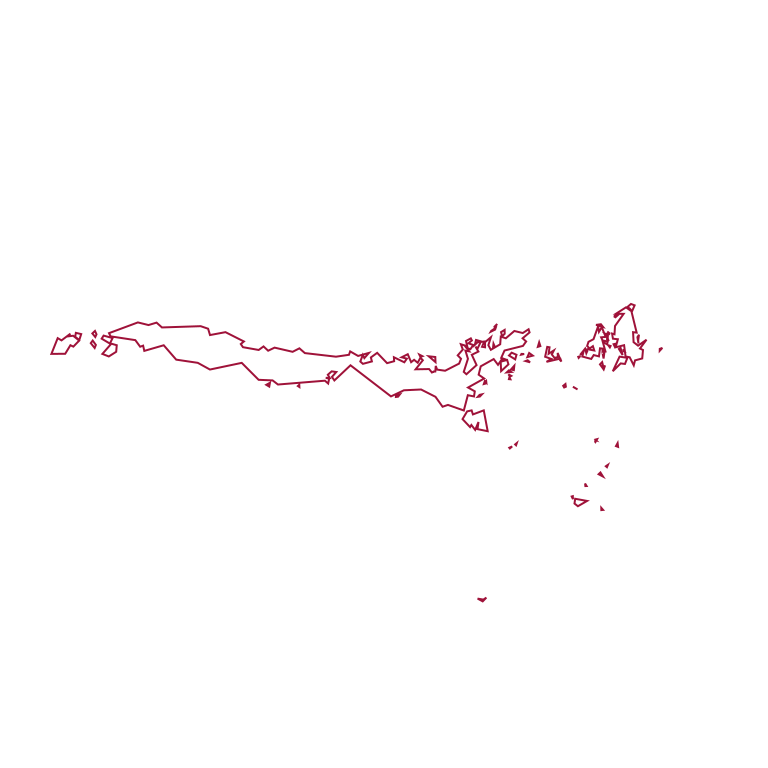 the district of Palawan, Palawan, Philippines, rotated 53°
{"feature_id": "2640588B20950743061684", "entity_name": "Palawan", "entity_type": "district", "adm_level": 2, "iso_a3": "PHL", "parent_name": "Philippines", "parent_adm1": "Palawan", "projection": "orthographic", "projection_center": [119.327, 9.944], "detail": "fine", "context": "isolated", "style": "outline", "palette": "rose", "viewbox_px": 768, "rotation_deg": 53, "n_neighbors": 0, "source": "geoboundaries", "source_scale": "gbopen_adm2", "svg_char_len": 6202}
<svg xmlns="http://www.w3.org/2000/svg" viewBox="0 0 768 768"><g transform="rotate(53 384 384)"><path d="M443.4,323.8L448.1,319.6L444.5,315.9L437.4,319.0L439.9,300.7L433.5,302.8L428.1,296.1L430.1,281.4L437.3,281.4L435.3,275.4L436.4,272.9L433.7,274.7L429.8,267.6L437.2,250.1L435.6,244.9L430.9,245.8L430.4,236.7L427.3,235.6L426.8,242.5L420.1,248.0L420.8,259.2L416.4,262.2L422.2,267.3L421.0,278.1L415.8,277.3L411.0,270.5L411.4,278.2L415.5,281.2L413.3,283.3L410.4,278.4L408.6,281.4L411.8,287.6L409.4,288.5L414.9,289.1L413.5,296.3L424.6,298.7L425.8,312.3L422.3,313.0L414.4,301.8L406.4,298.9L409.2,296.3L404.7,296.4L408.2,294.1L406.6,289.2L402.3,292.1L402.1,287.6L399.8,287.2L399.0,292.6L403.9,294.8L398.5,298.7L403.9,300.3L405.5,307.9L410.2,307.3L412.9,311.7L410.2,327.2L404.5,332.9L400.7,331.8L404.9,335.5L403.9,336.9L404.1,337.4L403.8,337.9L403.8,338.2L403.6,338.6L403.6,338.8L399.2,339.0L391.3,349.9L388.4,338.7L384.9,339.1L387.3,344.3L382.8,345.4L382.9,349.2L374.5,347.1L373.3,353.8L377.5,350.5L378.9,354.7L368.6,360.0L371.9,362.2L369.2,369.0L355.0,370.7L354.9,378.5L358.7,380.1L355.2,388.7L351.8,389.4L348.0,383.4L351.5,384.1L350.1,377.3L346.0,387.8L337.6,391.4L339.6,394.4L333.3,405.9L311.7,428.6L304.6,430.1L303.3,437.6L289.1,449.5L287.7,456.5L281.5,457.6L281.4,463.6L269.7,474.5L265.9,474.3L265.7,470.3L247.2,479.4L240.2,493.5L234.0,491.2L227.5,495.6L205.2,527.3L198.1,528.7L195.2,536.6L186.7,543.5L177.9,573.0L181.4,573.7L199.3,556.2L207.5,556.3L208.4,553.3L213.3,555.5L220.5,536.6L239.5,535.3L255.0,520.0L267.7,514.3L281.5,484.9L305.2,481.6L314.1,470.8L320.6,469.0L345.8,429.2L350.0,428.3L346.8,424.6L344.0,426.8L346.6,423.7L342.8,423.3L342.4,418.2L345.7,414.9L347.0,421.3L351.3,421.5L348.9,399.5L398.1,385.9L401.0,371.9L410.7,357.7L425.2,350.6L437.4,350.9L439.2,345.5L453.2,336.2L443.4,323.8ZM472.0,136.5L468.7,138.6L469.0,143.2L471.9,142.3L474.0,142.2L474.4,142.7L468.4,144.6L467.5,156.4L472.2,150.4L476.7,164.6L483.0,170.0L481.0,171.5L485.6,173.9L489.0,170.3L494.1,176.9L497.5,168.9L507.4,174.5L510.5,171.7L519.4,173.3L516.2,169.3L519.0,162.4L512.7,156.7L509.7,158.2L506.6,147.7L506.3,158.0L500.8,159.5L492.5,153.9L495.0,151.3L475.7,143.0L472.0,136.5ZM474.9,177.3L469.7,175.9L471.7,180.9L466.8,178.3L474.3,189.7L473.4,195.3L475.9,198.9L479.4,198.4L479.5,194.4L483.8,195.9L478.5,200.7L478.5,201.9L480.1,201.9L481.2,203.9L476.8,202.1L478.8,209.9L478.9,206.0L481.4,209.1L488.7,203.4L487.1,199.1L491.3,195.7L485.5,190.0L487.3,188.1L489.0,189.5L488.7,188.5L490.1,188.8L490.0,188.3L491.2,188.0L491.4,187.6L482.0,183.9L486.6,182.0L484.7,179.8L480.8,183.2L477.4,182.5L479.8,178.6L474.9,177.3ZM469.3,338.9L475.5,338.8L471.2,331.4L476.3,336.5L484.1,329.6L465.1,320.2L461.8,331.3L457.8,329.9L455.9,334.1L459.3,342.4L470.2,341.2L469.3,338.9ZM165.9,601.3L158.4,603.2L155.4,608.4L155.1,604.1L155.1,615.3L151.0,617.0L159.8,631.5L168.0,620.4L164.3,611.1L167.2,609.6L165.9,601.3ZM192.2,574.1L187.7,577.5L190.5,590.8L196.4,587.2L197.1,578.5L192.2,574.1ZM469.7,228.2L463.7,226.6L467.1,228.9L465.8,232.1L461.4,232.2L459.4,228.1L458.9,234.3L454.3,229.7L452.6,231.3L459.2,238.9L464.7,235.3L464.1,240.9L469.7,228.2ZM509.6,173.9L503.9,179.4L511.5,193.6L510.0,182.6L513.0,179.5L509.6,173.9ZM599.6,292.2L590.7,300.4L594.1,303.8L598.3,302.7L599.6,292.2ZM438.9,271.2L436.4,277.4L444.2,282.7L443.2,272.8L438.9,271.2ZM184.0,573.1L176.6,578.8L177.9,582.2L186.7,578.6L184.0,573.1ZM440.4,260.6L435.8,263.2L436.5,267.0L443.3,264.4L440.4,260.6ZM161.9,595.8L157.7,599.3L160.4,602.2L165.5,600.9L161.9,595.8ZM408.8,280.5L404.2,284.0L407.4,287.9L407.0,284.3L408.8,280.5ZM174.0,590.5L174.9,593.6L181.1,593.4L179.4,590.6L174.0,590.5ZM167.7,582.9L168.1,586.5L172.7,586.3L171.3,583.7L167.7,582.9ZM450.9,248.1L446.6,249.4L448.8,253.3L450.9,248.1ZM589.7,264.8L584.9,264.4L585.2,266.9L589.7,264.8ZM393.3,326.8L388.8,331.6L397.5,329.7L393.3,326.8ZM502.2,196.2L503.7,199.1L497.8,196.6L498.3,199.7L504.6,199.8L502.2,196.2ZM504.5,176.0L497.7,173.4L497.4,175.3L504.5,176.0ZM413.4,255.1L413.0,259.3L417.0,260.9L416.5,257.4L413.4,255.1ZM491.2,188.8L490.9,189.5L492.5,190.6L492.3,191.6L495.8,193.3L491.2,188.8ZM317.0,477.2L314.4,474.4L313.8,478.5L317.0,477.2ZM451.1,272.0L447.8,268.9L448.8,273.8L451.1,272.0ZM617.0,436.0L616.2,430.8L616.0,434.4L611.7,438.4L617.0,436.0ZM485.0,178.8L480.7,177.3L482.5,179.0L485.0,178.8ZM451.0,275.1L448.3,276.1L448.6,279.0L451.0,275.1ZM454.1,277.5L451.2,278.8L453.9,278.9L454.1,277.5ZM479.0,175.1L476.8,177.2L480.6,176.5L479.0,175.1ZM470.3,174.7L466.8,174.8L464.4,179.1L470.3,174.7ZM557.6,250.1L556.3,247.0L555.7,248.5L556.7,248.4L556.0,248.9L557.2,250.1L557.6,250.1ZM493.2,239.1L493.3,242.0L495.2,242.2L495.6,240.4L493.2,239.1ZM498.1,150.7L499.1,153.4L504.8,156.4L502.2,154.8L498.1,150.7ZM587.4,283.6L584.5,283.3L586.7,284.6L587.4,283.6ZM401.9,377.8L400.7,381.6L401.5,382.3L402.6,380.4L401.9,377.8ZM335.5,453.4L333.6,452.1L333.8,454.0L335.5,453.4ZM445.1,301.8L442.9,300.5L442.9,301.0L444.1,301.5L442.4,301.8L444.1,304.3L445.1,301.8ZM575.1,234.9L571.8,233.0L573.2,236.1L575.1,234.9ZM491.4,174.3L490.4,176.7L492.4,177.1L491.4,174.3ZM384.9,336.6L381.8,338.1L384.3,338.6L384.9,336.6ZM504.8,232.7L500.9,234.3L499.9,234.8L504.8,232.7ZM522.7,140.0L521.9,142.6L523.4,143.8L522.7,140.0ZM584.6,256.0L583.3,253.8L583.2,256.3L584.6,256.0ZM490.0,180.2L488.0,181.6L490.7,181.6L490.0,180.2ZM589.7,302.4L587.2,300.7L586.8,301.8L589.7,302.4ZM469.6,154.2L468.4,158.8L469.0,159.4L470.0,159.0L469.6,154.2ZM407.4,262.5L405.3,259.4L406.3,262.9L406.1,266.4L406.5,267.3L407.4,262.5ZM454.6,254.3L451.5,255.0L450.9,257.1L454.6,254.3ZM511.0,319.2L510.3,322.3L511.2,322.3L511.0,319.2ZM447.8,236.3L444.1,235.0L446.9,238.8L447.8,236.3ZM451.2,312.0L450.2,314.2L450.7,316.8L451.7,315.0L451.2,312.0ZM404.2,257.5L404.7,261.3L405.3,261.5L404.2,257.5ZM479.9,210.4L479.2,212.5L480.3,212.8L479.9,210.4ZM456.3,280.2L454.1,279.8L455.3,281.3L456.3,280.2ZM616.4,284.8L613.7,285.0L615.5,286.3L616.4,284.8ZM419.8,272.8L417.7,272.3L419.6,274.1L419.8,272.8ZM472.8,228.8L470.8,228.2L471.1,229.0L472.8,228.8ZM444.4,254.0L442.7,256.1L443.1,256.9L444.4,254.0ZM479.2,173.4L476.5,174.1L479.4,173.7L479.2,173.4ZM512.4,315.4L511.1,313.5L511.2,315.6L512.4,315.4ZM502.9,172.2L500.2,171.9L502.2,172.9L502.9,172.2Z" fill="none" stroke="#9f1239" stroke-width="2"/></g></svg>